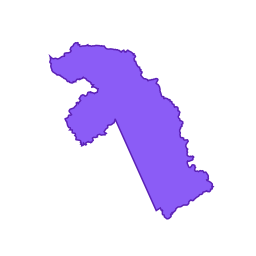 Parauapebas, Pará, Brazil (Natural Earth projection), rotated 66°
{"feature_id": "56859067B78091380909488", "entity_name": "Parauapebas", "entity_type": "district", "adm_level": 2, "iso_a3": "BRA", "parent_name": "Brazil", "parent_adm1": "Pará", "projection": "natural_earth1", "projection_center": [-50.55, -6.199], "detail": "fine", "context": "isolated", "style": "filled", "palette": "violet", "viewbox_px": 256, "rotation_deg": 66, "n_neighbors": 0, "source": "geoboundaries", "source_scale": "gbopen_adm2", "svg_char_len": 5724}
<svg xmlns="http://www.w3.org/2000/svg" viewBox="0 0 256 256"><g transform="rotate(66 128 128)"><path d="M125.4,177.5L125.5,176.2L125.2,175.3L124.3,175.1L123.9,174.7L124.9,174.6L126.3,173.5L126.2,172.9L125.6,173.1L124.5,172.5L124.2,169.9L125.1,169.5L125.6,168.2L126.2,168.1L126.2,167.0L125.5,166.0L125.1,164.8L122.8,164.6L122.6,164.0L122.6,163.0L123.4,161.8L123.7,159.5L122.3,159.1L122.0,158.1L122.3,156.3L123.6,155.4L124.2,153.2L124.9,151.8L124.4,151.6L124.1,150.0L123.5,150.3L123.4,150.9L121.6,151.3L119.9,148.7L119.5,146.5L119.0,146.1L117.4,145.6L117.5,143.8L117.9,143.4L118.2,142.2L117.9,140.4L117.6,139.9L117.6,138.7L115.6,136.7L114.3,136.1L214.9,135.8L214.2,131.0L216.6,131.1L217.0,130.1L217.5,130.0L218.0,130.7L218.4,130.6L220.5,131.6L221.5,131.4L222.0,130.6L222.5,130.5L223.9,130.9L226.8,129.4L227.2,128.3L227.2,127.3L226.6,125.1L225.9,124.3L224.5,124.3L224.1,123.8L224.6,122.8L224.4,122.1L223.2,122.1L223.5,120.9L222.8,118.6L222.1,117.6L221.2,117.1L220.6,114.9L220.6,114.1L220.8,113.3L221.2,112.7L221.4,111.4L220.9,108.7L222.4,105.4L222.2,104.3L221.8,103.8L221.7,103.3L220.1,102.3L219.3,100.2L220.1,99.0L220.5,98.9L220.8,97.6L220.1,96.6L219.7,94.8L219.3,94.1L219.0,91.2L218.0,89.7L218.5,88.1L218.5,87.2L218.0,86.2L217.6,86.1L217.1,85.3L217.5,83.9L217.4,81.7L217.8,81.8L218.5,81.1L219.3,79.6L218.9,78.3L218.3,77.7L217.6,77.5L217.9,76.0L217.5,75.6L216.8,75.6L216.2,74.1L215.8,74.5L215.8,75.0L215.3,75.1L214.6,74.2L213.3,73.8L211.4,74.5L209.0,76.2L208.1,77.2L207.4,77.2L207.6,76.3L207.4,75.5L206.8,75.1L206.0,75.1L205.5,74.6L203.9,74.1L200.1,74.8L199.7,75.4L199.6,76.7L197.7,77.0L197.3,77.4L197.1,78.5L196.3,79.4L196.5,81.4L195.5,82.1L195.3,83.3L194.9,84.0L193.6,84.3L191.9,83.1L191.4,82.3L190.5,82.7L189.4,82.2L188.9,82.5L188.0,83.6L187.9,84.7L188.8,85.7L189.4,87.4L188.7,88.2L188.1,88.3L184.7,88.3L183.0,87.7L182.4,86.9L183.2,86.1L183.4,82.0L182.9,81.3L181.9,81.1L181.4,79.9L180.8,79.8L179.9,80.5L180.0,81.6L179.3,82.2L179.5,82.8L179.2,83.3L178.1,84.5L176.8,85.0L174.9,84.2L174.3,83.4L173.2,83.6L172.2,82.8L171.9,82.3L171.3,82.1L170.8,82.8L170.3,82.6L168.1,82.7L166.6,81.6L164.6,78.4L163.9,78.4L163.0,78.5L162.0,81.4L160.9,81.9L160.0,81.3L159.0,82.1L158.4,83.4L157.6,83.8L154.8,83.1L154.1,82.4L153.4,82.1L152.5,82.3L150.6,81.5L149.9,80.2L149.4,80.2L148.6,79.4L148.4,78.0L147.9,77.7L146.9,77.8L146.5,77.4L146.4,76.3L146.1,76.0L144.5,75.5L142.7,76.9L142.3,77.5L140.8,77.0L139.8,77.6L138.3,77.6L137.7,77.3L136.9,75.8L136.3,75.8L134.7,74.2L133.3,74.5L132.5,75.3L130.7,74.4L129.5,74.2L128.9,74.5L128.0,75.7L128.0,76.9L127.6,77.1L125.1,76.5L124.2,77.6L122.6,77.7L122.2,77.3L121.7,77.4L121.0,78.1L120.9,78.6L119.3,78.2L118.9,78.6L118.7,79.6L117.4,79.9L115.9,81.7L115.9,82.9L115.6,83.3L114.3,82.6L113.8,82.8L113.1,84.1L112.2,84.3L109.2,83.8L108.5,84.0L107.6,83.6L106.8,83.7L105.7,83.0L103.0,82.5L100.8,82.8L98.8,84.1L98.0,83.5L96.5,81.4L96.0,81.0L95.5,81.0L94.9,81.3L94.2,82.3L94.2,83.6L93.8,84.7L94.0,85.3L93.4,86.6L93.4,87.8L93.0,88.7L93.0,90.4L92.7,90.7L91.9,90.4L90.1,92.1L89.5,93.3L87.7,94.1L84.9,94.8L83.7,93.8L83.3,92.8L82.5,92.4L82.2,92.8L81.2,92.9L81.0,93.4L80.5,93.4L79.9,92.5L78.8,93.2L77.1,92.7L76.7,93.5L75.4,94.1L74.5,94.0L73.7,94.4L70.2,93.9L69.6,94.8L69.0,94.8L68.3,94.4L67.5,94.5L67.0,94.2L65.8,92.1L64.8,92.1L64.3,92.2L63.3,93.3L62.7,92.4L62.2,93.1L60.1,94.1L57.7,96.1L56.9,96.4L56.7,96.9L57.7,98.8L57.2,99.1L57.4,99.8L56.8,100.1L55.2,100.2L55.3,102.3L55.9,103.2L54.9,104.0L54.0,104.1L53.5,104.5L53.3,105.1L52.2,105.8L51.8,107.0L51.1,107.5L50.7,108.9L50.0,109.5L48.7,111.6L47.9,114.0L47.1,115.1L46.0,115.9L43.3,116.5L43.1,117.5L42.1,118.7L42.3,119.2L41.2,120.5L39.5,123.7L39.3,125.3L38.5,127.1L38.5,128.1L37.4,129.2L36.8,130.7L36.5,131.0L35.6,130.8L35.6,131.6L35.8,132.0L35.6,133.6L34.4,136.5L34.4,137.5L34.0,138.6L33.0,138.7L32.2,138.3L31.7,139.7L29.9,139.0L29.5,139.4L29.3,140.6L28.8,141.3L29.4,143.5L30.5,144.5L31.1,147.1L31.4,147.6L32.9,149.0L34.0,148.5L34.4,148.6L35.2,149.8L35.1,151.8L34.2,154.1L34.0,155.6L34.7,156.3L36.3,156.6L36.6,156.9L36.1,157.8L35.9,159.5L36.5,162.7L36.3,164.3L34.8,165.8L34.4,168.0L34.1,168.4L33.1,169.2L30.9,170.1L32.4,170.3L33.2,170.8L33.9,170.8L35.9,172.6L37.1,172.5L37.8,171.9L40.1,173.4L41.5,173.7L43.9,173.8L44.4,174.1L46.1,173.8L49.4,171.7L50.8,171.2L50.7,170.7L51.3,169.7L51.9,169.4L52.3,168.5L53.0,168.5L53.6,167.9L54.5,167.6L54.8,167.1L56.8,166.2L57.6,165.2L59.0,164.6L60.5,164.5L61.1,164.1L61.2,163.2L61.7,162.7L62.3,162.9L62.7,162.6L63.9,161.2L64.3,160.3L64.0,159.5L63.5,159.2L64.1,158.7L63.7,158.3L63.9,157.6L64.5,156.9L63.8,156.5L62.8,155.0L62.9,154.2L63.4,153.9L63.3,152.5L64.1,152.4L63.9,150.6L64.1,150.0L63.9,149.0L63.5,148.8L63.5,148.2L64.1,148.3L64.4,147.6L65.9,146.3L66.5,146.4L68.1,145.9L69.1,144.9L69.7,144.8L70.2,144.1L71.9,143.4L72.5,143.8L73.4,143.6L74.5,142.0L75.5,144.1L76.0,144.4L76.2,143.5L76.1,142.8L76.8,142.4L77.1,141.9L78.2,141.0L78.9,140.8L79.1,140.3L79.9,140.2L80.1,139.4L82.8,141.5L82.6,142.1L82.8,142.8L82.5,143.8L82.9,144.6L81.4,145.9L80.4,147.7L79.8,147.4L79.6,147.8L79.6,148.6L79.2,149.6L79.3,150.3L81.1,151.9L81.6,153.7L81.4,154.3L80.4,154.6L79.3,155.7L79.3,157.6L81.4,160.7L81.9,160.3L82.9,160.4L83.6,160.1L83.9,160.5L84.4,162.1L85.4,163.4L84.0,163.8L84.0,165.0L85.8,165.5L86.2,166.0L87.1,168.5L87.5,168.9L87.6,170.0L87.3,173.2L88.0,174.5L88.5,174.9L89.3,175.0L91.0,174.5L92.9,174.2L93.0,175.3L92.2,176.5L92.4,177.2L93.8,178.3L94.1,179.4L94.0,180.8L94.1,181.8L96.4,181.8L97.1,181.4L101.4,182.2L103.5,181.9L104.3,180.7L105.6,181.0L106.0,182.0L107.2,179.7L109.5,180.9L110.1,180.5L111.2,178.7L111.7,178.5L112.7,178.7L113.3,179.7L114.0,179.2L115.6,179.1L117.0,180.2L117.6,180.2L119.4,177.4L120.3,176.6L121.0,176.6L121.8,177.3L122.9,176.6L123.5,177.8L124.6,177.0L125.4,177.5Z" fill="#8b5cf6" stroke="#5b21b6" stroke-width="1.5"/></g></svg>